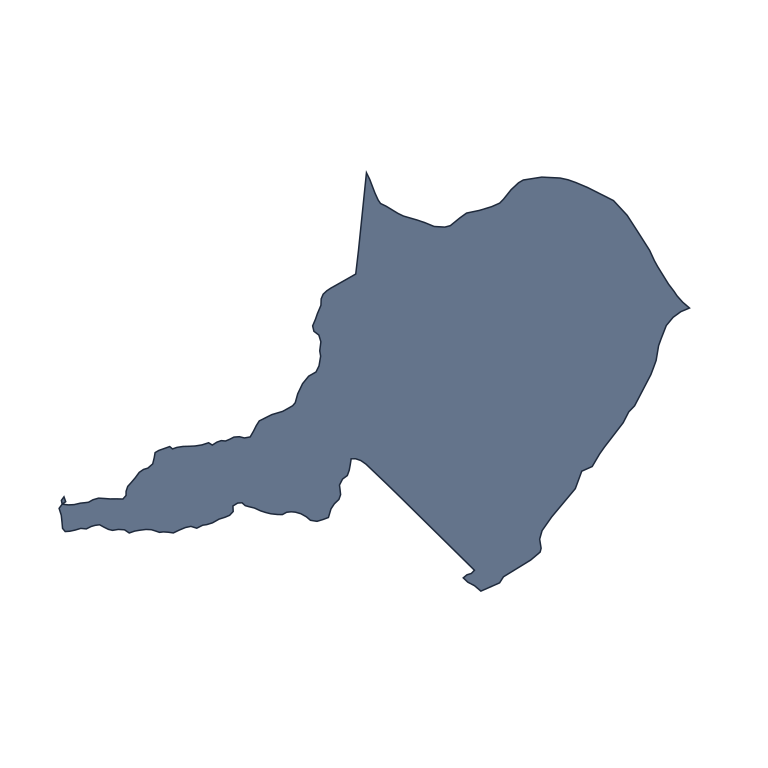 the district of Salitre, Ceará, Brazil, rotated 203°
{"feature_id": "56859067B98262319146081", "entity_name": "Salitre", "entity_type": "district", "adm_level": 2, "iso_a3": "BRA", "parent_name": "Brazil", "parent_adm1": "Ceará", "projection": "robinson", "projection_center": [-40.29, -7.185], "detail": "fine", "context": "isolated", "style": "filled", "palette": "slate", "viewbox_px": 768, "rotation_deg": 203, "n_neighbors": 0, "source": "geoboundaries", "source_scale": "gbopen_adm2", "svg_char_len": 2836}
<svg xmlns="http://www.w3.org/2000/svg" viewBox="0 0 768 768"><g transform="rotate(203 384 384)"><path d="M132.5,573.3L141.0,576.0L148.8,579.7L153.2,582.6L161.1,587.1L178.1,599.1L183.2,603.1L191.7,610.8L203.3,618.8L212.8,625.3L226.1,634.3L244.4,642.5L272.9,644.4L286.2,644.4L294.4,643.9L302.4,642.4L319.6,636.1L335.5,626.2L338.8,621.8L342.9,612.6L346.2,600.8L348.2,595.7L354.2,589.3L364.0,581.1L374.8,573.6L379.1,566.5L384.8,555.7L389.3,552.2L399.4,548.6L408.9,548.5L417.5,547.9L431.7,546.2L437.8,546.5L451.5,548.5L457.7,548.8L461.2,551.0L466.9,556.2L477.1,566.8L482.7,571.6L459.6,496.7L453.0,474.2L466.6,456.4L470.2,451.8L473.0,447.6L475.1,442.9L475.1,437.8L472.8,431.8L472.8,422.7L472.4,416.9L472.4,409.6L469.1,405.1L463.1,403.6L458.6,398.2L456.1,389.4L453.2,384.9L450.9,375.3L451.3,368.5L456.4,361.8L459.1,352.5L459.6,341.3L458.4,332.1L459.6,328.3L462.0,325.1L466.6,319.2L475.2,312.1L478.3,308.5L484.4,301.3L485.3,295.8L485.7,289.6L486.5,283.0L491.4,279.8L496.5,279.0L501.4,276.5L504.3,273.0L507.6,269.6L511.7,268.3L515.1,265.2L518.2,260.7L522.5,261.4L527.8,256.8L533.7,253.1L539.1,250.5L544.6,248.0L549.9,244.7L553.3,241.6L556.8,242.7L565.4,234.8L567.9,231.4L566.7,226.3L565.7,220.1L568.5,214.3L572.0,211.4L574.8,207.0L576.3,200.6L578.1,194.8L579.9,189.6L579.5,184.5L577.9,180.6L579.4,176.1L585.2,173.8L591.2,171.2L595.7,169.7L602.2,167.4L606.7,163.7L609.8,159.7L613.1,157.8L616.9,155.7L622.1,151.9L627.3,149.4L633.3,147.6L634.5,142.6L629.8,137.1L626.3,130.8L623.5,125.5L619.8,123.6L615.7,125.7L611.3,128.8L606.7,132.6L601.4,134.3L597.8,138.5L594.7,141.0L590.8,143.3L585.9,142.8L580.9,142.5L576.7,143.2L571.8,146.3L565.9,148.4L560.3,147.3L556.0,151.2L551.8,153.9L546.3,157.1L541.2,159.0L537.0,159.4L532.7,159.7L529.4,161.6L524.9,163.2L519.7,164.6L515.5,169.4L510.7,174.3L506.1,177.5L500.0,178.1L495.7,183.2L492.2,185.3L487.6,189.2L483.0,195.2L478.3,199.2L474.8,202.8L473.0,207.7L475.4,212.7L472.2,217.2L468.3,219.2L464.2,217.8L460.3,218.3L454.8,219.2L448.0,219.0L442.6,219.5L437.5,220.3L430.9,222.3L426.5,224.1L423.5,227.9L419.5,230.1L415.5,231.4L409.8,232.1L403.5,231.4L398.5,229.8L392.0,231.4L387.1,235.5L383.0,239.4L384.0,248.3L382.9,254.3L380.4,260.1L380.7,265.2L382.9,269.1L385.5,273.6L385.0,280.3L382.0,285.4L382.3,291.0L383.6,296.8L385.0,302.3L380.9,304.1L375.5,304.5L369.3,303.2L342.8,293.2L323.5,285.7L228.0,247.9L229.6,243.7L233.1,240.8L235.3,236.5L229.4,234.3L221.9,233.7L213.9,231.2L199.9,246.1L198.7,253.2L180.1,279.4L174.6,290.3L175.2,294.2L180.1,302.0L181.2,310.8L177.7,327.2L167.0,362.4L167.9,381.0L160.1,389.4L158.2,403.8L156.4,412.2L154.1,421.0L148.7,441.8L147.8,454.0L144.8,461.8L142.0,496.9L142.3,504.5L142.7,512.0L146.2,526.6L146.6,534.0L147.0,548.2L143.9,558.4L139.0,566.6L132.5,573.3ZM633.3,147.6L631.0,151.3L634.5,155.1L635.5,150.8L633.3,147.6Z" fill="#64748b" stroke="#1e293b" stroke-width="1.5"/></g></svg>